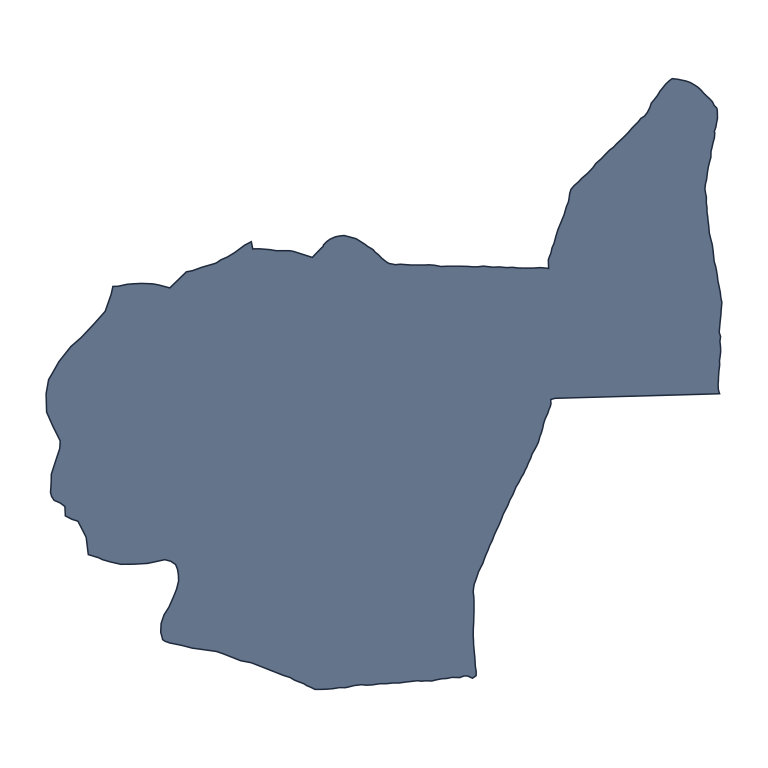 Guinguineo, Kaolack, Senegal (Albers equal-area conic projection)
{"feature_id": "50182788B97054679922117", "entity_name": "Guinguineo", "entity_type": "district", "adm_level": 2, "iso_a3": "SEN", "parent_name": "Senegal", "parent_adm1": "Kaolack", "projection": "albers", "projection_center": [-15.881, 14.303], "detail": "fine", "context": "isolated", "style": "filled", "palette": "slate", "viewbox_px": 768, "rotation_deg": 0, "n_neighbors": 0, "source": "geoboundaries", "source_scale": "gbopen_adm2", "svg_char_len": 4759}
<svg xmlns="http://www.w3.org/2000/svg" viewBox="0 0 768 768"><path d="M719.6,393.7L718.7,390.9L718.3,389.0L718.1,384.0L718.4,380.9L718.5,376.9L718.9,371.3L719.7,364.9L719.5,360.5L720.0,357.3L720.4,354.3L720.7,351.4L720.6,348.3L720.4,345.2L719.9,341.5L720.6,336.6L719.2,332.4L719.4,329.9L719.7,326.7L720.3,320.1L720.9,315.0L721.1,311.2L721.5,306.8L721.9,302.4L720.9,298.0L720.3,292.4L719.2,286.9L717.9,280.8L717.4,276.0L716.5,270.5L715.6,266.2L714.2,261.5L713.6,255.9L713.1,250.7L712.2,244.3L710.7,238.7L709.3,232.9L708.7,225.5L708.1,221.1L707.7,216.5L707.0,212.1L707.0,207.9L706.3,202.7L706.4,197.1L705.7,193.9L704.9,189.0L705.5,183.7L706.6,179.5L707.4,172.7L708.3,167.1L710.0,160.3L710.9,157.4L711.0,151.4L711.9,148.0L713.0,142.9L714.4,138.0L714.8,132.9L714.3,131.6L715.9,127.0L716.5,123.2L717.5,118.4L717.3,110.4L716.8,108.1L714.2,105.5L712.5,101.9L709.8,98.9L706.8,96.2L703.4,92.9L701.4,90.4L697.8,87.1L694.7,85.1L690.5,82.6L685.7,80.9L681.6,80.1L678.1,79.3L675.3,79.0L672.2,78.6L669.1,80.9L665.8,84.0L662.9,87.6L659.9,91.3L657.5,95.4L654.4,99.4L651.3,103.1L649.9,107.4L647.3,112.5L644.4,116.2L640.8,118.4L640.1,119.4L637.9,122.2L635.3,124.7L631.7,128.4L628.0,132.8L623.3,137.5L616.6,143.8L613.5,147.2L609.8,149.9L605.8,153.9L601.5,158.5L595.8,163.5L592.9,167.7L587.7,173.2L581.8,178.2L578.4,181.9L574.0,185.7L570.9,189.5L569.7,193.5L569.1,198.2L568.4,201.9L566.3,206.9L564.2,214.4L560.6,223.2L558.0,229.4L555.9,236.2L554.1,243.1L552.0,247.9L550.9,253.2L549.4,256.7L548.3,259.8L548.6,268.4L547.7,268.3L540.4,267.6L533.0,268.1L525.3,268.1L518.2,268.0L512.5,267.3L506.6,267.6L499.3,266.9L493.2,267.2L483.3,266.1L477.6,266.8L472.6,266.8L467.9,266.4L459.8,266.2L447.3,266.2L440.9,266.5L434.3,265.2L428.9,264.8L425.1,265.0L418.9,265.0L415.2,265.0L411.1,265.0L405.4,264.6L400.5,264.2L395.0,264.7L393.1,264.2L388.8,263.4L386.0,261.6L381.4,257.9L378.3,254.6L375.0,252.0L373.2,249.7L370.1,247.8L367.7,246.5L365.5,244.7L363.1,243.1L362.6,242.8L359.6,240.9L356.1,238.7L350.6,237.2L344.1,235.5L339.5,236.0L335.4,236.8L330.2,239.1L326.8,241.5L323.3,245.1L323.4,246.2L321.0,248.4L314.0,255.6L312.9,256.8L312.5,257.4L310.9,257.0L310.5,256.8L310.1,256.7L293.2,251.3L289.6,250.7L284.1,250.7L276.3,250.7L269.7,249.6L259.5,248.8L254.8,248.8L252.8,249.0L251.3,241.7L244.6,245.2L234.9,252.4L227.6,256.9L220.9,259.8L217.0,262.5L215.2,263.4L201.7,267.3L192.4,270.7L186.4,271.8L169.8,287.9L158.5,284.9L152.5,283.8L141.6,283.4L133.0,283.8L127.0,284.3L117.9,286.3L113.0,286.4L112.9,286.4L111.2,294.2L105.2,311.3L93.9,324.0L81.0,337.7L70.9,346.5L59.0,361.5L52.2,373.5L48.6,379.6L46.1,393.7L46.6,412.1L52.8,426.1L53.5,427.5L60.2,440.9L59.8,448.3L55.6,461.0L51.3,474.3L51.2,480.9L50.9,487.0L50.5,492.3L51.6,496.5L54.2,500.4L57.1,501.6L60.4,503.1L64.9,506.5L64.9,506.8L65.2,512.7L65.3,515.4L65.3,515.9L71.9,519.3L77.9,521.2L82.3,529.7L86.2,537.4L87.3,546.6L88.0,552.4L88.2,553.4L88.3,554.6L99.0,557.9L102.3,559.6L110.3,561.9L120.8,564.3L133.5,564.2L147.6,563.4L164.3,559.8L164.5,559.6L170.6,561.2L175.6,564.5L177.5,569.3L178.4,574.8L178.6,581.0L176.5,589.3L175.1,592.8L173.7,596.3L168.9,607.2L164.1,614.7L161.9,621.1L161.2,623.4L161.1,623.5L160.7,632.3L161.4,634.7L161.7,635.9L162.1,637.2L162.6,639.6L165.1,641.3L169.6,642.9L169.7,643.0L170.5,643.1L180.4,645.1L181.9,645.5L182.2,645.5L192.5,648.2L195.7,648.6L207.5,650.2L216.0,651.4L216.8,651.6L222.9,653.7L231.0,656.9L240.6,660.7L249.0,662.3L249.6,662.4L251.7,662.9L283.1,675.3L290.1,677.5L294.2,680.0L298.4,681.7L303.6,683.6L306.9,685.7L310.6,687.2L315.0,689.4L320.2,689.4L326.6,689.2L332.9,688.7L339.5,687.6L345.0,687.7L345.6,687.6L345.8,687.6L348.5,687.0L354.0,685.6L361.1,684.7L366.4,685.2L372.3,684.9L380.0,683.7L386.5,683.7L392.8,683.0L399.3,683.0L405.1,682.1L410.8,681.5L417.2,680.7L421.5,681.2L425.7,680.8L431.8,681.0L436.2,679.9L441.6,678.8L446.7,678.5L451.9,677.4L456.7,677.5L459.7,677.6L463.9,676.0L467.5,676.0L468.9,676.6L472.5,678.2L476.1,675.7L476.2,671.6L475.3,666.0L475.0,660.1L474.7,656.1L474.1,650.0L473.6,644.6L473.5,640.2L473.2,635.9L473.3,629.0L473.7,622.2L473.8,616.7L474.0,611.6L474.0,605.4L474.0,601.1L473.8,596.7L473.2,591.8L473.6,587.9L474.2,584.2L475.7,580.3L476.9,576.8L478.5,571.9L480.3,568.3L482.9,563.3L484.4,558.8L486.1,554.5L488.1,550.0L489.7,545.6L492.4,540.2L494.3,534.9L496.6,530.0L499.1,524.8L501.4,519.3L503.1,514.5L505.4,510.1L507.8,505.5L509.8,500.2L512.9,494.6L513.2,494.0L513.8,492.4L516.0,487.0L519.0,482.1L521.3,477.4L523.5,474.0L525.4,469.6L526.6,467.5L528.6,462.5L530.8,458.0L531.9,454.5L533.4,451.7L535.0,449.0L536.6,446.0L538.4,442.2L540.0,436.3L541.4,432.8L542.7,428.2L543.6,423.7L545.0,419.3L547.8,413.3L549.1,409.2L550.3,406.5L551.0,403.7L550.8,401.5L550.8,399.5L551.3,399.3L552.1,399.1L555.2,398.3L717.8,393.8L719.6,393.7Z" fill="#64748b" stroke="#1e293b" stroke-width="1.5"/></svg>